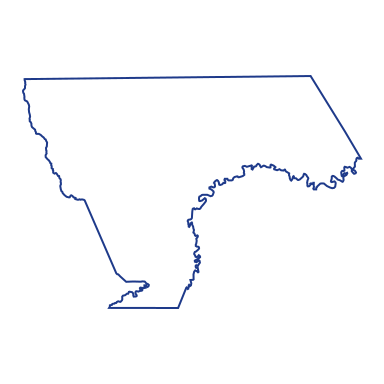 Kamrieng, Batdâmbâng, Cambodia (Natural Earth projection)
{"feature_id": "14789045B46526313837061", "entity_name": "Kamrieng", "entity_type": "district", "adm_level": 2, "iso_a3": "KHM", "parent_name": "Cambodia", "parent_adm1": "Batdâmbâng", "projection": "natural_earth1", "projection_center": [102.586, 13.09], "detail": "fine", "context": "isolated", "style": "outline", "palette": "blue", "viewbox_px": 384, "rotation_deg": 0, "n_neighbors": 0, "source": "geoboundaries", "source_scale": "gbopen_adm2", "svg_char_len": 6006}
<svg xmlns="http://www.w3.org/2000/svg" viewBox="0 0 384 384"><path d="M310.6,76.0L24.6,79.1L24.6,80.0L25.3,82.2L25.1,83.0L25.5,84.6L25.0,86.1L25.0,88.0L24.8,88.5L23.2,90.3L23.0,91.0L23.3,92.8L24.0,93.7L24.5,97.1L24.3,97.7L24.5,99.5L24.9,100.3L27.2,101.5L28.8,104.6L29.2,106.4L28.8,109.3L29.1,112.3L29.8,114.7L30.1,116.6L29.5,118.9L29.8,119.5L29.7,120.6L29.8,121.4L30.7,122.1L31.4,123.6L31.4,125.1L31.7,126.4L32.1,127.2L35.1,129.7L35.3,131.1L35.9,132.1L36.0,133.5L36.7,133.9L38.9,133.9L40.7,134.9L42.1,136.3L43.7,137.5L44.8,139.1L45.7,139.5L46.3,141.2L46.8,141.9L47.1,142.6L46.8,146.5L46.0,147.9L46.2,150.4L46.5,150.8L46.4,152.8L46.6,153.5L45.6,155.2L45.7,157.1L47.6,159.3L48.9,160.4L50.1,162.3L50.4,163.2L51.3,163.6L51.2,165.3L51.7,166.1L51.6,167.8L51.7,168.3L53.0,169.1L52.8,170.1L53.3,170.9L53.1,172.0L53.3,172.8L54.5,173.6L55.9,173.0L56.7,173.7L58.1,176.0L59.1,176.1L59.3,177.6L59.7,178.5L60.5,179.1L60.8,180.1L60.6,182.1L60.9,182.8L60.9,184.5L60.4,185.4L60.3,186.3L60.8,189.2L61.4,191.1L62.3,191.8L62.7,193.1L64.5,195.1L66.6,196.8L69.0,197.4L69.7,197.3L70.6,195.6L71.2,195.3L72.4,195.9L73.6,197.4L74.7,197.6L75.6,198.1L75.2,198.9L76.0,199.3L78.0,199.8L79.7,199.3L80.3,199.7L82.0,199.4L83.9,199.8L84.7,200.4L116.3,273.3L117.2,274.2L118.3,274.4L120.2,276.4L126.2,281.8L133.3,281.5L141.0,281.7L142.1,281.4L144.3,281.5L144.9,281.7L146.3,283.4L147.9,284.1L148.8,284.9L148.7,285.8L148.1,286.6L147.3,287.0L146.8,286.6L146.0,285.3L144.4,285.3L144.4,286.4L145.3,287.8L143.8,288.1L140.4,287.6L139.9,288.1L139.9,288.7L140.3,289.4L140.8,289.5L142.2,289.0L142.4,289.6L142.3,290.2L141.8,290.7L139.6,291.0L138.5,291.6L136.6,291.2L135.9,291.4L135.6,291.9L135.4,292.8L135.6,293.7L136.7,295.3L136.6,296.1L135.9,296.5L133.7,296.6L133.3,295.5L133.4,294.7L132.9,293.0L132.1,292.2L129.5,291.7L128.9,291.9L128.2,293.7L127.0,293.7L125.1,295.2L122.9,295.7L122.2,296.7L122.3,299.3L122.0,300.2L120.8,301.6L120.2,301.9L118.2,301.3L116.8,302.0L116.3,302.9L115.0,303.0L114.5,303.6L112.8,303.8L112.1,304.2L111.9,304.9L109.9,305.3L109.8,306.8L109.1,307.9L178.1,308.0L186.3,287.7L186.7,287.4L187.8,289.0L188.3,288.7L188.3,287.4L189.0,286.8L188.7,285.3L189.1,284.8L190.1,286.0L190.6,285.7L191.0,285.2L191.3,283.2L190.4,280.0L193.1,279.8L193.6,279.4L193.5,274.4L194.2,271.6L195.2,270.4L196.8,271.2L198.0,272.3L198.5,271.9L197.7,267.7L196.6,267.9L195.9,267.6L195.6,266.1L195.8,265.5L196.4,265.2L197.9,265.8L198.6,264.5L199.9,262.7L199.6,260.9L199.1,260.5L198.3,260.8L196.5,262.2L194.9,261.7L194.8,260.6L198.3,258.7L200.1,257.2L200.1,256.7L199.7,255.9L198.8,255.2L197.5,256.8L196.2,257.1L195.4,256.6L195.3,255.8L194.2,254.1L194.2,253.4L194.8,252.0L195.9,251.6L197.8,250.0L198.9,248.8L199.1,248.2L198.9,247.2L198.2,246.7L196.8,246.6L195.8,246.0L195.8,244.5L196.2,243.8L196.7,240.8L196.3,238.7L197.4,237.4L197.8,236.6L197.8,235.8L197.4,235.4L195.5,235.9L194.9,235.2L194.7,234.2L194.3,233.3L193.4,232.6L194.0,230.0L193.4,228.5L193.1,226.5L192.1,224.6L192.1,223.0L191.8,222.5L191.0,223.0L190.5,223.6L189.7,226.2L189.2,226.9L188.7,226.6L188.8,225.8L188.3,224.2L188.3,222.5L187.7,221.2L187.8,220.5L188.4,219.8L190.5,219.4L191.4,218.9L191.9,218.0L192.3,211.4L192.7,209.0L193.2,208.5L194.1,208.3L194.7,209.2L195.4,209.3L196.8,208.4L198.0,208.9L199.6,209.0L200.4,208.4L201.3,206.8L203.7,204.1L205.7,201.5L206.0,200.8L205.9,199.6L205.6,198.7L204.8,198.2L202.1,200.5L200.0,201.1L199.4,201.0L199.1,200.2L199.0,197.9L199.4,196.6L200.6,196.1L201.7,195.1L202.7,194.8L207.3,194.8L210.6,196.2L212.2,195.7L212.8,194.9L213.7,192.4L213.5,191.4L211.4,189.5L209.4,188.6L209.4,187.4L211.3,186.6L213.3,187.4L214.5,187.2L215.0,186.4L214.9,184.8L214.5,183.3L214.0,182.9L214.8,181.5L215.3,181.3L216.5,180.2L217.1,180.1L218.0,180.8L218.8,182.3L219.2,184.6L220.1,185.0L222.0,184.4L222.8,183.7L223.4,182.8L224.8,183.1L225.2,182.9L225.3,181.2L224.4,179.9L224.8,178.8L227.4,178.8L227.7,179.7L228.6,180.4L231.8,180.4L232.8,179.8L233.1,178.6L233.6,177.8L234.6,177.0L236.9,176.4L237.6,176.4L238.1,177.1L238.8,177.3L242.7,176.1L244.3,174.9L244.2,173.5L243.8,172.9L244.1,171.6L243.9,170.4L243.6,169.4L242.4,167.7L242.5,166.8L242.9,166.3L244.9,165.9L246.9,166.8L251.6,165.4L252.0,165.9L251.6,166.7L251.7,169.1L252.5,169.5L254.1,166.7L255.9,166.3L256.3,165.9L256.5,165.2L257.9,163.8L258.5,163.9L259.6,164.7L260.3,166.3L261.0,167.2L263.5,165.7L264.2,165.7L265.5,166.2L266.7,167.1L270.0,167.6L270.5,167.4L270.5,165.1L271.1,164.6L273.6,165.6L275.4,167.1L274.1,168.5L274.2,169.3L277.1,170.2L279.5,169.2L281.1,170.3L283.0,170.5L283.6,170.5L284.6,169.6L285.1,169.7L285.2,170.3L285.9,171.4L289.2,173.4L289.0,175.1L289.7,176.8L289.8,178.4L290.6,180.1L291.2,180.6L292.2,179.5L293.1,176.5L293.6,176.2L294.0,176.9L293.9,177.5L294.4,178.2L296.0,178.3L297.7,179.9L298.5,180.0L299.9,179.4L302.7,176.9L303.4,175.8L303.7,174.4L304.1,173.8L305.0,174.0L306.3,175.0L307.1,176.5L308.1,177.7L308.3,178.4L307.5,180.5L307.1,182.9L307.4,183.6L307.4,185.8L307.9,186.4L309.2,186.2L310.3,185.0L310.5,184.4L310.3,183.7L310.9,183.4L311.2,184.1L312.6,183.9L313.0,183.6L313.2,182.8L313.8,182.8L313.7,185.7L314.0,186.9L313.3,188.7L313.8,189.4L316.2,189.4L316.4,187.4L317.0,187.1L317.2,186.5L320.3,183.6L321.9,183.4L323.9,183.5L326.9,186.0L330.2,187.6L332.2,188.2L334.0,187.9L335.2,186.7L335.7,183.3L335.5,182.4L334.5,181.4L331.8,182.1L331.1,181.8L330.9,181.2L331.7,178.8L331.8,176.5L332.7,175.9L333.5,176.0L334.6,176.6L336.9,178.6L337.6,179.5L340.0,180.3L342.4,181.8L342.9,181.6L343.5,180.4L343.6,179.6L343.3,177.8L343.5,177.0L344.1,176.3L346.4,175.0L347.3,173.3L347.1,172.8L345.1,173.6L344.3,173.2L343.6,174.0L342.9,175.9L342.1,176.2L341.7,175.8L341.2,172.6L341.4,171.9L342.2,170.9L343.7,171.0L344.4,170.6L344.3,167.4L344.7,166.8L345.9,167.0L347.3,167.7L349.6,166.9L350.8,167.7L351.7,168.9L351.9,170.3L351.7,171.1L352.9,172.7L354.1,173.8L355.6,173.3L356.0,172.5L355.2,171.1L354.6,170.5L353.5,170.0L352.8,169.1L354.9,166.6L354.8,162.8L355.5,161.6L356.0,161.3L356.4,160.3L356.3,159.2L356.8,158.1L357.7,157.7L358.8,158.7L361.0,158.7L345.0,131.6L310.6,76.0Z" fill="none" stroke="#1e3a8a" stroke-width="2"/></svg>